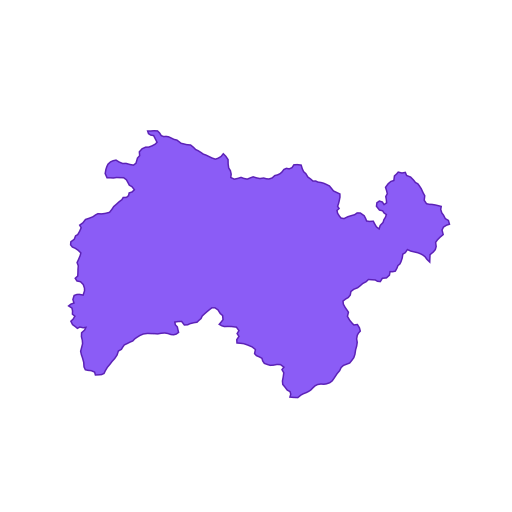 outline of Lima Duarte, Minas Gerais, Brazil, rotated 346°
{"feature_id": "56859067B81519323949553", "entity_name": "Lima Duarte", "entity_type": "district", "adm_level": 2, "iso_a3": "BRA", "parent_name": "Brazil", "parent_adm1": "Minas Gerais", "projection": "mercator", "projection_center": [-43.877, -21.8], "detail": "fine", "context": "isolated", "style": "filled", "palette": "violet", "viewbox_px": 512, "rotation_deg": 346, "n_neighbors": 0, "source": "geoboundaries", "source_scale": "gbopen_adm2", "svg_char_len": 5521}
<svg xmlns="http://www.w3.org/2000/svg" viewBox="0 0 512 512"><g transform="rotate(346 256 256)"><path d="M67.8,253.9L68.0,257.6L64.8,257.9L62.1,259.1L64.8,262.0L64.7,265.0L63.8,268.0L65.7,270.6L63.3,273.0L60.6,274.5L61.4,278.2L63.6,280.8L65.2,283.0L67.9,282.3L70.9,283.8L73.7,284.1L71.8,286.4L68.2,288.3L67.1,292.0L67.1,295.7L66.5,299.2L64.5,302.9L62.8,306.0L62.7,309.5L63.0,312.8L63.1,317.5L62.3,322.0L62.9,325.1L65.3,326.3L68.4,327.4L71.3,329.6L71.4,332.6L74.5,333.2L77.4,333.7L80.1,333.2L82.1,330.8L84.9,328.0L88.1,325.7L90.8,323.5L94.1,321.3L97.2,318.5L99.5,314.9L102.8,314.0L104.6,312.2L106.7,310.4L109.8,309.8L112.8,309.1L115.9,308.6L118.2,307.1L120.5,306.2L124.2,305.0L127.9,304.4L132.2,304.9L135.8,306.0L138.8,306.8L141.8,307.8L145.2,308.0L148.8,308.6L151.8,309.9L154.6,311.7L157.0,312.5L159.6,312.5L162.4,311.4L162.4,308.5L162.5,305.8L161.1,303.3L161.2,300.5L164.3,300.7L168.0,301.5L169.8,305.6L173.1,306.2L175.5,305.7L179.7,305.7L182.7,306.0L185.1,304.6L187.5,303.4L189.3,301.2L192.0,299.7L195.1,298.1L198.3,296.6L200.7,295.6L203.6,296.3L206.1,299.1L207.4,303.2L209.2,305.7L208.6,309.8L205.9,311.9L203.8,313.4L205.9,315.4L208.2,316.8L211.5,317.5L215.2,318.5L219.8,320.3L221.4,324.3L218.9,326.7L220.0,329.9L217.1,332.5L216.5,335.8L219.5,336.8L222.9,338.1L226.3,340.3L230.3,343.3L232.8,346.6L231.0,350.4L232.3,352.8L234.7,354.6L237.0,356.7L237.1,359.4L238.1,362.2L241.1,364.2L243.3,365.5L246.4,366.1L250.1,366.3L253.5,367.3L256.2,370.6L253.7,372.5L254.7,376.0L253.1,380.0L251.4,383.7L250.9,387.1L252.2,389.8L253.9,393.7L256.2,395.8L256.3,398.5L254.8,401.1L258.2,402.3L262.3,403.5L265.9,401.8L268.6,401.1L271.8,400.7L274.4,400.1L276.7,399.3L279.3,397.7L281.8,396.3L284.6,395.6L288.0,395.9L290.7,396.8L293.2,397.1L296.9,396.8L299.7,395.6L301.7,393.9L303.8,392.0L306.3,389.7L309.4,387.5L311.6,384.8L314.4,383.3L317.7,382.9L321.0,382.5L323.8,380.4L326.3,378.3L328.2,375.3L330.0,371.0L331.9,367.7L333.3,364.3L333.6,360.7L335.1,357.4L336.9,355.5L339.0,354.1L339.0,350.8L337.8,347.0L334.3,346.6L333.0,344.4L331.4,341.1L330.1,336.7L332.1,332.9L331.0,329.9L330.0,327.3L329.1,323.9L329.5,320.8L332.6,319.4L335.5,318.6L338.0,316.7L339.5,313.4L342.9,311.9L346.9,311.4L349.6,310.2L352.9,308.5L356.6,307.6L359.4,306.0L363.1,307.2L365.9,308.1L367.7,309.9L370.4,310.9L373.2,308.2L377.3,308.8L380.8,306.9L382.3,303.6L384.6,304.3L387.5,304.4L389.8,301.9L391.4,299.6L393.7,298.5L395.3,296.6L397.4,293.3L398.9,289.7L401.6,288.9L404.5,286.4L407.4,288.7L411.3,290.7L414.0,292.1L416.2,293.7L418.0,295.3L419.8,297.5L421.0,300.5L423.1,303.9L424.1,300.4L425.2,296.8L429.0,295.0L431.5,293.2L433.1,290.4L433.6,286.2L436.0,284.2L439.1,282.3L442.8,280.5L442.8,275.8L444.9,273.3L448.3,272.2L451.4,272.0L451.3,268.1L448.7,265.5L447.8,261.7L446.7,259.1L446.5,255.5L447.7,252.7L445.1,251.3L442.6,250.0L439.2,248.5L436.7,247.8L434.1,246.5L432.7,242.6L434.3,238.4L433.5,235.4L432.6,230.7L431.5,227.5L430.5,225.1L428.5,223.3L427.2,220.4L425.1,216.8L421.6,214.3L421.1,211.0L417.7,210.8L414.3,209.0L412.3,210.4L409.7,211.8L408.0,216.1L404.9,216.3L401.8,217.8L398.3,220.7L398.5,224.2L398.5,227.3L396.3,229.7L396.1,232.7L395.6,236.0L392.7,237.1L391.7,234.2L389.0,232.5L386.2,233.6L384.9,236.9L386.9,241.3L389.8,242.8L390.7,245.3L392.5,247.3L391.0,249.7L388.9,251.7L387.4,254.2L383.9,256.4L382.0,259.5L379.9,256.9L379.0,253.9L378.2,250.6L374.4,249.9L371.8,248.8L371.4,245.9L370.7,243.1L367.6,239.5L364.5,238.7L361.7,239.8L358.3,239.9L354.6,240.1L350.5,241.0L347.7,239.8L346.5,237.3L345.5,234.2L345.6,231.4L348.1,230.0L347.2,227.5L348.6,225.4L350.0,222.8L351.7,219.2L352.4,216.1L349.8,214.0L346.9,211.6L345.6,208.7L344.2,205.8L341.5,203.5L339.3,201.8L336.8,200.4L334.0,199.3L332.1,197.7L329.4,197.1L327.6,194.5L325.4,191.9L324.3,188.2L322.6,185.7L322.0,182.5L321.8,178.7L318.1,177.3L314.8,176.7L312.3,179.0L309.3,179.5L306.7,178.3L304.0,178.8L301.6,180.7L299.4,181.9L296.5,182.5L293.7,182.5L290.5,184.2L287.1,184.4L284.8,183.6L282.3,182.2L278.5,181.8L275.2,180.2L272.4,178.5L269.5,178.8L266.1,179.3L262.8,177.7L260.5,176.1L257.3,176.3L253.5,176.2L250.5,173.7L251.7,170.6L251.8,167.0L250.8,164.0L251.2,160.1L252.2,155.7L250.8,151.9L249.0,148.9L246.2,151.0L242.7,152.0L240.0,152.2L237.2,150.4L234.2,147.9L231.9,146.0L229.5,144.4L227.7,142.3L225.4,139.9L223.2,138.1L221.6,135.4L219.4,132.5L215.5,131.1L212.9,129.7L210.5,128.5L209.0,126.5L207.3,124.4L204.6,123.0L202.0,120.8L200.0,119.2L197.7,118.2L195.3,117.8L193.2,116.3L192.2,113.3L190.7,110.8L187.4,109.8L183.8,109.2L181.1,108.5L181.3,111.3L183.1,113.2L185.8,114.4L186.6,117.8L187.5,121.7L185.3,123.1L181.7,124.0L178.2,124.4L175.2,123.7L171.4,124.4L168.0,126.7L167.4,130.5L164.7,132.3L163.3,134.7L162.0,136.9L159.1,138.2L155.8,136.7L152.3,134.7L149.0,134.0L145.9,131.7L143.4,129.1L140.4,129.0L137.6,129.5L134.6,131.1L132.8,133.3L131.3,135.7L129.6,139.5L130.4,144.1L133.7,144.9L136.5,145.8L139.7,146.1L143.4,147.2L146.5,148.0L148.7,150.7L149.6,154.1L150.2,156.6L152.4,158.7L154.0,162.3L151.2,163.9L148.2,164.1L146.9,166.6L144.5,167.8L141.3,167.1L139.5,168.9L136.2,170.3L132.9,172.1L129.9,173.6L127.3,176.0L124.4,178.2L120.1,178.2L116.3,177.8L112.8,176.7L110.3,177.3L107.2,178.5L103.3,179.0L99.4,179.3L96.1,181.9L92.4,183.4L93.2,186.3L90.8,189.4L88.2,192.1L85.8,192.8L83.7,195.8L79.8,197.4L78.8,200.3L80.0,202.9L82.5,204.8L84.8,207.4L86.8,210.6L85.6,212.9L83.0,216.4L80.8,219.1L81.2,222.5L80.1,225.7L79.1,229.4L78.2,232.3L75.2,233.9L76.2,236.9L79.5,238.5L81.5,241.9L81.8,245.7L81.2,248.3L78.8,252.1L75.3,250.5L72.9,250.0L70.0,250.3L67.8,253.9Z" fill="#8b5cf6" stroke="#5b21b6" stroke-width="1.5"/></g></svg>